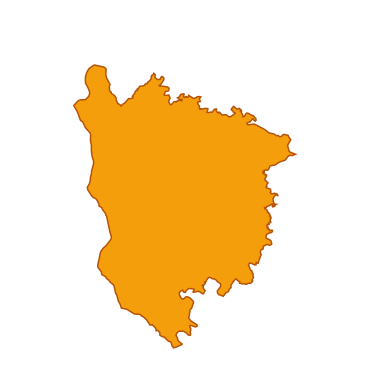 outline of Bougouriba, Bougouriba, Burkina Faso, rotated 76°
{"feature_id": "67063806B9563364372336", "entity_name": "Bougouriba", "entity_type": "district", "adm_level": 2, "iso_a3": "BFA", "parent_name": "Burkina Faso", "parent_adm1": "Bougouriba", "projection": "albers", "projection_center": [-3.423, 10.888], "detail": "fine", "context": "isolated", "style": "filled", "palette": "amber", "viewbox_px": 384, "rotation_deg": 76, "n_neighbors": 0, "source": "geoboundaries", "source_scale": "gbopen_adm2", "svg_char_len": 6044}
<svg xmlns="http://www.w3.org/2000/svg" viewBox="0 0 384 384"><g transform="rotate(76 192 192)"><path d="M180.4,82.4L177.0,87.2L175.6,87.9L169.9,88.0L165.1,83.5L162.2,84.8L160.4,85.0L158.5,88.3L158.5,90.1L159.6,91.4L159.7,93.4L157.9,94.9L157.9,96.3L155.6,98.3L153.2,103.1L149.2,106.0L140.9,115.4L141.1,116.1L140.3,121.3L139.4,122.1L138.4,122.0L137.9,118.6L135.5,115.4L135.8,114.9L137.4,114.6L138.6,113.5L137.9,112.5L136.0,112.3L132.7,114.2L131.6,116.0L129.7,117.8L128.6,119.7L129.3,121.1L131.0,122.4L131.5,124.0L131.2,124.5L129.5,124.1L126.8,124.9L125.4,124.4L125.1,125.4L124.3,124.5L122.2,126.0L122.6,128.2L119.0,130.9L119.2,131.5L121.2,133.9L121.8,133.9L123.6,132.6L124.3,132.6L125.7,131.0L126.2,131.1L128.1,135.8L128.2,137.8L125.2,140.3L124.4,144.4L121.3,145.9L121.0,147.4L121.5,147.4L120.5,148.4L118.5,148.9L117.7,148.0L117.3,148.3L117.1,150.3L119.6,153.3L118.9,154.4L119.0,156.7L118.4,158.2L115.3,156.4L115.0,156.5L114.4,157.6L113.9,160.7L114.1,162.0L113.3,163.2L113.8,164.1L112.8,164.6L110.3,164.0L109.0,164.7L106.4,165.0L105.9,164.3L106.4,162.4L106.1,162.0L103.4,162.3L101.9,160.4L101.0,162.3L100.9,164.1L101.6,166.0L101.6,167.8L97.4,171.9L98.8,172.5L98.8,174.4L98.1,174.4L97.8,175.0L98.4,176.4L98.2,176.9L96.6,177.2L95.5,176.0L95.0,176.0L94.6,176.7L94.6,179.4L96.7,181.4L97.0,183.3L99.0,181.9L99.7,179.4L101.0,179.9L99.9,182.0L100.1,184.4L100.8,185.5L100.0,186.8L100.1,187.8L102.3,190.8L101.7,192.1L99.0,192.8L98.1,192.6L95.6,190.5L92.3,191.0L91.8,194.7L91.4,195.4L90.4,195.3L88.0,193.3L88.3,190.8L87.8,190.0L85.7,189.2L84.2,190.2L82.4,194.3L81.5,197.6L80.6,198.0L80.4,196.8L77.8,193.7L75.8,192.0L74.0,191.9L72.6,193.3L73.7,194.9L74.9,195.6L74.7,197.8L74.2,198.6L71.9,200.2L69.2,199.3L67.5,200.4L69.0,201.7L69.0,202.6L70.0,203.6L72.0,204.1L73.7,205.9L74.6,208.1L76.1,209.5L75.8,210.9L77.3,213.1L76.8,217.3L79.7,220.1L78.2,220.1L80.1,220.8L80.2,222.0L80.8,222.7L82.3,223.6L84.7,226.8L85.6,226.2L86.5,226.6L86.6,228.9L86.0,230.8L89.5,235.9L90.1,238.2L91.4,239.8L90.9,240.4L90.0,240.6L88.1,242.7L83.7,243.3L82.6,242.9L81.6,243.1L79.8,243.8L76.9,246.3L75.5,246.3L73.7,247.5L69.4,246.6L67.9,245.5L59.8,247.4L56.9,247.2L52.5,245.7L51.2,245.8L49.5,247.2L45.2,255.8L45.5,257.5L47.4,262.1L50.5,265.2L54.2,267.4L58.3,268.6L60.7,268.9L66.7,267.5L69.8,267.2L71.2,267.3L74.1,268.9L76.6,273.1L75.6,278.0L76.1,280.7L79.5,285.8L85.4,284.1L90.9,283.2L92.4,283.4L93.6,282.9L94.7,283.1L95.9,282.6L97.3,281.1L104.0,279.8L109.5,276.8L111.2,276.3L117.6,278.1L122.2,278.3L127.9,279.7L133.4,280.3L138.1,280.0L140.8,280.7L147.8,284.6L149.7,285.0L153.5,287.2L155.4,287.6L159.4,289.7L162.0,292.4L164.8,292.6L171.6,290.2L173.8,288.9L174.6,287.5L176.2,286.4L181.6,285.1L182.4,285.6L183.3,285.5L185.3,283.4L187.3,283.1L191.9,281.2L193.7,281.2L194.7,280.7L210.7,281.3L215.7,281.1L217.1,281.3L218.7,282.6L223.5,288.7L224.9,291.6L227.9,295.1L240.3,301.2L242.2,301.6L247.4,299.3L250.2,299.5L253.8,296.0L255.1,295.9L257.9,293.8L259.2,293.5L263.6,290.3L271.6,290.6L274.2,289.9L279.6,289.9L284.1,288.8L287.6,288.6L289.8,283.9L296.5,277.3L298.2,271.9L299.8,271.2L301.3,269.5L304.8,267.1L310.7,265.0L310.6,264.6L311.2,264.1L311.1,262.8L314.5,260.7L315.5,260.1L318.0,260.3L317.7,259.2L318.6,258.3L320.8,257.3L323.2,257.8L325.0,256.0L326.0,254.2L331.3,250.8L332.2,248.8L336.5,248.6L337.4,247.9L338.7,247.8L338.8,245.5L337.5,238.6L337.1,238.3L334.1,240.7L332.4,241.5L330.0,241.5L326.9,242.2L324.7,240.2L324.0,238.2L324.9,234.2L327.0,231.8L329.7,230.3L330.5,229.2L330.6,228.4L330.2,227.9L329.1,227.6L327.1,227.7L325.9,226.7L324.3,226.3L322.2,226.8L321.2,226.5L321.0,226.1L321.5,224.8L323.5,221.8L323.8,220.7L323.2,219.2L321.9,219.4L316.9,224.2L313.4,225.8L310.5,224.2L305.2,222.1L305.1,220.8L299.5,217.2L298.6,217.1L294.6,219.3L292.5,221.8L292.3,223.5L293.7,226.1L293.1,227.9L288.8,229.1L286.5,228.7L285.2,226.3L285.1,224.6L286.1,224.7L287.2,224.2L287.8,222.7L287.0,222.4L285.1,219.2L284.9,218.4L286.0,214.9L286.9,213.4L289.2,215.2L289.7,214.5L289.8,210.1L291.1,208.2L293.1,206.7L293.5,205.5L290.8,203.1L287.9,204.4L286.5,203.9L285.2,204.7L284.8,204.4L285.4,203.4L283.9,201.3L283.5,201.0L282.6,201.6L282.0,199.8L280.6,198.8L278.9,196.4L279.2,195.2L281.5,192.6L281.5,191.4L284.0,189.4L285.1,189.2L287.6,186.7L289.2,186.6L290.7,187.2L294.2,191.4L295.1,191.6L296.4,191.6L298.0,190.9L300.7,186.9L298.0,183.5L297.4,180.8L295.0,178.9L294.2,177.2L292.8,177.2L291.0,175.9L287.8,172.1L286.9,170.2L289.1,169.1L290.6,167.4L291.9,168.0L293.5,165.1L293.6,163.5L294.4,162.5L294.7,161.3L294.1,159.7L294.7,157.5L294.3,156.0L292.9,154.6L292.5,155.1L291.8,155.0L289.9,153.0L288.0,153.1L285.9,152.5L285.2,153.1L283.4,152.9L281.5,154.2L276.1,154.8L274.9,153.2L275.7,151.6L278.0,148.7L278.1,147.5L277.1,147.5L277.0,146.7L276.0,146.6L277.0,144.9L275.8,144.4L269.4,140.0L267.2,140.3L265.2,139.3L264.4,138.8L264.7,137.2L263.6,136.3L262.0,136.0L261.0,131.8L262.5,129.6L262.1,127.5L260.8,127.1L258.5,127.2L256.7,128.7L254.7,131.3L253.8,131.2L250.8,129.7L251.0,128.4L250.5,126.8L250.5,124.4L249.5,123.5L249.0,123.2L248.4,123.5L248.3,126.2L246.8,125.9L245.8,127.7L244.6,126.8L244.6,127.6L243.5,127.8L241.9,126.9L242.3,126.3L241.4,125.6L241.9,125.0L240.1,124.5L240.7,123.1L240.1,122.8L238.9,123.1L237.7,122.8L236.3,121.5L235.1,122.3L234.7,121.6L234.1,121.7L233.7,122.4L232.5,121.9L231.1,122.8L230.5,122.6L229.8,123.8L228.6,123.3L226.6,124.2L225.9,125.4L224.7,125.4L224.9,123.5L223.9,122.6L224.0,120.2L222.9,117.2L223.1,116.6L225.3,117.6L226.0,117.3L225.9,115.5L225.6,115.0L224.8,115.7L224.3,113.4L223.8,114.7L222.9,115.2L219.4,115.4L218.0,114.9L216.2,113.4L215.0,111.3L215.1,110.6L216.1,110.2L216.2,109.6L215.0,109.7L214.0,110.6L213.7,111.9L213.1,112.4L213.2,114.7L212.9,115.4L211.3,116.1L210.8,115.4L208.2,115.2L205.9,118.8L205.4,119.0L204.7,118.2L202.5,117.5L201.9,116.3L201.3,116.1L197.5,118.5L195.3,116.7L195.1,116.1L193.6,115.6L193.3,116.8L192.7,116.4L191.4,118.4L189.3,118.1L190.2,117.0L188.4,116.6L188.3,115.7L189.2,113.4L188.1,111.9L185.6,110.0L185.5,109.4L185.9,104.9L184.1,100.0L183.7,94.0L181.1,90.9L180.0,88.3L180.9,86.1L180.4,82.4Z" fill="#f59e0b" stroke="#b45309" stroke-width="1.5"/></g></svg>